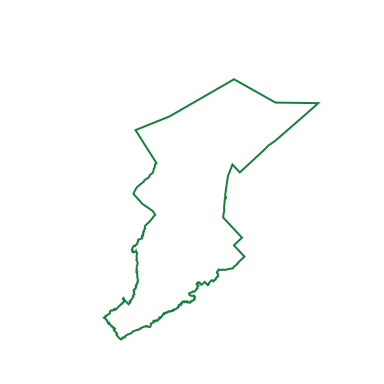 the district of Cruz del Eje, Córdoba, Argentina, rotated 47°
{"feature_id": "61730980B83091517859764", "entity_name": "Cruz del Eje", "entity_type": "district", "adm_level": 2, "iso_a3": "ARG", "parent_name": "Argentina", "parent_adm1": "Córdoba", "projection": "mercator", "projection_center": [-64.875, -30.658], "detail": "fine", "context": "isolated", "style": "outline", "palette": "green", "viewbox_px": 384, "rotation_deg": 47, "n_neighbors": 0, "source": "geoboundaries", "source_scale": "gbopen_adm2", "svg_char_len": 6099}
<svg xmlns="http://www.w3.org/2000/svg" viewBox="0 0 384 384"><g transform="rotate(47 192 192)"><path d="M138.2,84.4L121.4,156.8L108.2,191.1L146.7,198.3L146.7,200.5L148.8,202.7L148.8,203.9L151.2,207.2L150.9,211.1L151.9,213.7L151.3,216.3L151.0,219.0L151.5,220.0L151.4,222.1L151.2,222.9L151.2,224.9L151.0,228.9L151.3,230.5L153.3,236.1L167.0,236.4L174.7,234.6L179.3,233.7L183.6,234.5L183.7,235.2L183.6,236.4L184.2,239.0L184.5,241.9L184.8,243.6L184.8,245.0L184.6,246.4L184.8,247.7L184.6,248.9L184.9,249.3L185.3,250.1L186.0,250.8L186.3,251.5L186.5,251.6L186.9,251.4L187.0,251.6L186.9,252.4L187.0,252.7L187.6,253.4L188.1,253.7L188.3,254.0L188.3,254.3L187.9,254.6L188.0,255.2L189.4,256.1L189.7,257.1L190.2,257.2L190.6,257.5L190.3,257.9L189.8,258.3L190.5,259.2L191.6,259.6L191.9,260.0L191.8,260.6L191.1,261.8L190.8,262.8L190.2,263.8L190.8,264.6L191.3,264.9L191.5,265.5L191.4,265.9L192.4,267.2L192.6,267.6L192.5,268.5L192.5,269.4L192.5,270.0L192.8,270.4L192.3,271.1L191.8,271.0L191.7,271.4L192.5,274.0L192.8,274.2L193.0,275.1L193.5,275.6L193.9,275.6L194.3,275.2L194.7,275.2L195.0,276.3L195.2,276.5L196.5,275.5L197.3,273.7L197.1,273.3L197.7,273.6L198.9,273.6L201.9,277.1L202.7,277.4L203.2,277.8L203.5,278.3L203.7,279.0L205.0,279.3L206.1,279.8L207.4,280.7L207.8,281.2L208.2,281.9L208.2,282.3L208.8,283.4L210.8,285.0L211.1,285.7L211.4,285.7L211.4,286.0L211.8,286.0L212.0,286.4L212.4,286.6L212.6,287.1L213.2,286.7L213.4,287.1L214.5,287.9L214.8,288.3L215.4,288.6L216.5,289.6L217.0,289.8L217.1,290.2L217.7,290.6L219.4,291.5L219.8,292.2L220.3,292.4L220.6,293.0L220.9,293.0L221.0,293.6L221.3,294.1L221.2,294.4L221.4,294.4L222.0,295.4L222.0,296.6L222.6,296.7L222.9,297.8L223.5,297.9L223.5,298.1L223.7,298.3L223.8,298.9L224.1,299.3L223.7,300.3L223.9,300.7L224.2,300.8L224.3,300.9L224.1,301.5L224.2,301.9L224.9,301.9L225.0,302.1L225.7,302.2L226.0,303.1L225.8,303.2L225.9,303.4L227.5,303.8L227.4,304.4L227.7,306.2L227.8,306.4L228.6,306.4L228.7,306.7L229.2,308.6L229.4,310.9L229.7,310.9L229.7,311.0L229.5,312.1L229.9,312.1L230.6,312.3L230.6,312.7L230.8,312.9L230.7,314.1L230.8,315.0L228.6,314.9L225.9,315.1L222.8,314.5L223.0,315.5L225.9,316.1L225.9,319.3L225.7,319.2L226.0,328.5L225.8,328.7L225.4,328.9L224.9,328.4L224.5,328.5L224.8,329.4L224.5,330.3L224.5,331.1L223.9,331.4L223.6,332.0L223.2,332.3L223.7,333.8L224.8,335.0L223.8,339.6L224.3,339.7L224.2,340.2L223.9,340.4L223.9,341.2L224.0,341.2L224.0,341.4L223.9,342.1L225.2,341.7L226.1,341.9L228.0,341.7L228.3,342.0L229.3,342.3L229.6,342.5L230.4,342.5L231.1,342.8L231.3,342.3L231.3,342.0L231.7,342.3L232.6,342.2L232.7,342.5L233.0,342.3L233.7,342.2L234.5,342.4L234.9,342.1L235.3,342.2L235.8,341.9L236.2,342.0L236.6,342.4L237.0,342.5L237.2,342.4L237.3,341.8L237.6,341.6L239.5,341.5L239.5,343.3L244.5,343.4L244.7,344.6L248.9,344.9L250.2,344.6L251.2,344.7L251.6,344.2L251.6,343.3L251.6,343.1L251.4,342.9L251.4,342.3L251.1,342.2L251.1,341.9L251.3,341.4L252.4,340.8L252.6,340.1L252.5,339.6L251.8,339.0L251.8,338.4L252.1,337.9L252.3,336.7L252.3,336.3L252.6,336.1L252.8,335.0L253.8,333.0L253.9,332.2L253.6,331.0L253.6,330.5L255.3,326.4L255.5,326.3L255.4,326.0L255.6,325.7L255.9,325.7L256.9,322.9L256.5,322.6L258.4,317.4L259.1,317.4L259.3,316.5L259.8,316.5L260.1,315.9L260.7,315.9L262.0,315.1L262.0,313.9L261.0,312.5L260.2,312.0L260.8,310.4L260.9,308.9L260.7,308.7L261.0,308.7L261.1,308.2L260.9,308.0L260.5,308.0L260.7,307.4L261.1,307.1L260.9,307.0L261.0,306.7L260.8,306.7L261.1,306.0L261.4,306.1L261.6,305.8L262.0,305.8L262.2,305.1L262.7,304.8L262.7,304.4L262.4,304.1L262.5,303.7L262.0,303.0L262.4,302.7L262.3,302.0L261.5,301.3L261.6,301.1L261.9,301.4L262.5,301.1L262.3,300.9L262.3,300.4L262.5,300.1L262.5,299.4L262.4,298.9L262.1,298.5L262.0,297.1L261.7,296.5L261.9,296.2L261.6,296.0L261.4,295.3L261.5,295.1L262.3,295.1L262.1,293.6L262.4,293.2L262.7,293.7L262.9,293.4L262.8,292.7L263.2,292.3L263.0,291.6L263.4,291.5L263.5,291.2L263.4,290.2L264.6,289.5L264.4,289.1L264.8,288.7L265.3,287.9L265.3,287.7L265.1,287.4L265.2,287.2L265.4,287.0L265.8,287.1L265.9,286.4L265.3,285.9L265.6,285.3L266.1,285.2L266.0,284.7L266.3,284.4L266.6,283.5L266.8,281.5L267.0,281.1L267.0,280.9L266.5,280.6L266.5,280.4L266.9,280.1L266.9,279.7L266.4,279.3L266.0,279.2L265.9,278.8L265.7,278.6L266.0,277.5L266.7,277.2L266.1,276.8L266.1,276.1L266.6,275.5L266.5,275.4L266.0,275.3L266.2,274.9L266.3,274.4L265.9,273.9L266.5,273.3L266.2,273.0L266.7,272.7L266.9,272.2L267.4,272.4L267.8,272.1L267.9,271.4L268.2,271.4L268.4,271.2L268.3,270.8L268.8,270.8L269.1,271.0L269.3,270.9L269.3,269.9L270.3,270.1L270.5,269.5L271.4,269.1L271.9,268.6L271.8,268.3L271.4,267.9L271.5,267.4L271.2,266.7L272.3,265.1L272.2,264.9L272.3,264.6L271.8,264.0L271.8,263.7L272.1,263.1L271.4,262.7L271.3,262.1L271.0,261.6L270.6,261.7L270.2,261.4L269.9,261.6L269.7,261.3L269.3,261.5L268.9,261.4L268.5,261.9L268.5,262.3L267.7,263.0L267.5,263.3L266.7,263.6L266.5,263.8L265.4,264.1L264.8,263.7L264.2,263.1L264.1,262.7L264.9,261.5L265.0,260.8L265.2,260.4L265.3,259.1L266.3,258.6L266.6,257.5L266.5,256.4L265.9,254.8L266.2,253.9L265.7,253.8L265.5,253.6L265.2,252.6L265.2,251.5L263.2,251.7L262.7,251.6L262.8,251.2L262.2,250.7L262.3,250.5L262.7,250.3L262.9,249.9L262.2,249.8L262.1,249.5L262.5,248.6L263.6,248.1L263.9,248.4L263.9,248.9L266.4,248.3L266.4,244.0L271.0,244.0L271.0,242.9L270.6,242.8L270.2,242.5L269.9,237.8L270.9,237.6L271.0,237.3L271.5,237.0L272.0,237.1L272.0,236.8L271.6,235.9L272.2,234.4L271.2,233.3L271.5,232.5L271.2,231.8L271.6,230.8L271.4,230.5L270.7,230.2L270.4,229.3L269.9,228.9L269.2,228.8L268.7,228.9L268.5,229.0L268.1,228.9L267.1,227.2L267.6,225.9L267.0,225.4L267.6,225.1L267.8,224.8L268.5,224.2L268.9,223.6L269.7,222.9L269.8,222.3L271.2,221.2L271.4,220.7L271.7,220.6L272.2,220.0L273.0,218.3L275.8,213.9L275.0,212.2L275.3,211.3L275.6,209.4L275.3,209.0L275.6,207.4L275.5,207.0L275.0,206.7L275.0,197.7L259.6,197.7L259.5,186.6L232.0,186.6L230.0,184.5L227.3,180.7L227.0,180.4L225.9,179.8L219.0,172.2L219.7,171.6L218.7,170.5L217.5,170.5L215.7,168.4L204.9,154.9L199.5,143.7L210.3,143.7L210.4,109.0L210.3,106.6L210.0,105.5L211.3,96.3L212.8,53.5L213.1,39.1L183.5,70.0L138.2,84.4Z" fill="none" stroke="#15803d" stroke-width="2"/></g></svg>